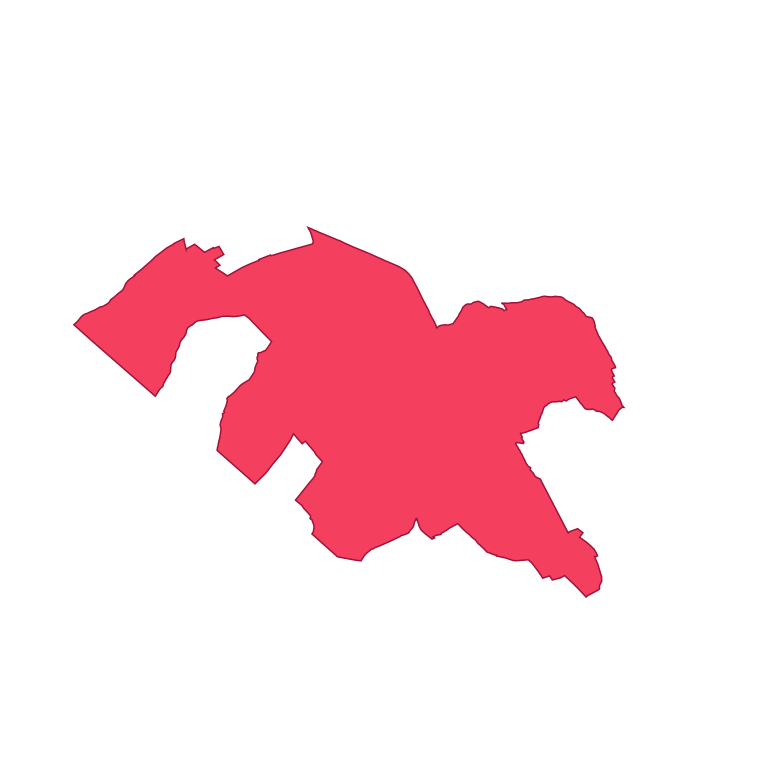 outline of Tepeyanco, Tlaxcala, Mexico, rotated 123°
{"feature_id": "50627088B29939751785966", "entity_name": "Tepeyanco", "entity_type": "district", "adm_level": 2, "iso_a3": "MEX", "parent_name": "Mexico", "parent_adm1": "Tlaxcala", "projection": "equal_earth", "projection_center": [-98.229, 19.247], "detail": "fine", "context": "isolated", "style": "filled", "palette": "rose", "viewbox_px": 768, "rotation_deg": 123, "n_neighbors": 0, "source": "geoboundaries", "source_scale": "gbopen_adm2", "svg_char_len": 6164}
<svg xmlns="http://www.w3.org/2000/svg" viewBox="0 0 768 768"><g transform="rotate(123 384 384)"><path d="M507.0,651.8L518.8,569.2L517.1,569.1L512.7,569.3L510.2,569.2L508.1,568.7L507.1,568.3L506.4,568.2L503.7,569.1L499.4,569.3L498.5,569.7L497.8,569.3L494.0,569.6L492.2,569.3L490.1,569.7L484.2,572.9L482.0,573.3L478.2,573.0L476.5,573.1L474.4,573.8L470.7,575.8L469.1,576.0L465.8,576.0L464.0,576.3L460.5,577.6L459.1,577.8L457.3,577.9L453.9,577.3L450.9,577.4L448.7,577.8L446.3,578.8L444.5,579.1L443.6,579.1L442.6,578.8L439.8,577.7L438.8,576.9L436.5,576.4L433.6,575.4L431.7,573.8L426.5,567.6L423.3,564.5L420.4,561.4L419.8,560.5L415.3,556.4L411.8,551.2L410.0,547.7L407.3,544.1L404.7,541.2L402.1,538.8L402.4,533.0L407.1,512.8L409.6,501.4L417.4,501.4L420.3,501.7L421.0,502.0L422.0,502.9L424.5,504.3L425.3,505.0L425.7,505.8L426.1,506.2L426.7,506.4L427.8,506.1L429.2,504.9L430.2,505.1L430.9,504.9L432.3,503.9L433.1,502.8L433.7,502.3L438.5,501.5L440.6,501.0L443.4,499.7L445.2,499.3L453.6,499.3L461.2,502.9L463.5,503.7L472.6,505.2L478.2,506.9L479.3,507.7L481.9,507.8L483.2,506.4L485.9,505.4L488.5,504.6L494.2,503.5L494.3,502.9L494.7,502.3L496.4,502.9L496.7,503.3L499.6,501.3L503.7,500.6L506.9,499.5L508.1,498.7L509.6,496.9L511.0,495.9L512.5,495.1L519.4,492.1L521.0,491.8L522.2,491.2L524.2,490.5L526.5,489.4L527.9,489.1L530.6,487.8L538.0,437.8L523.3,434.6L511.1,433.6L499.3,432.1L481.5,432.0L475.1,432.9L478.7,420.1L474.8,418.8L478.8,405.3L480.3,402.6L482.7,393.3L492.6,393.8L494.4,393.0L496.6,392.8L498.9,392.0L501.4,392.0L507.4,392.8L529.6,395.0L530.7,386.4L531.8,384.2L534.3,374.6L534.6,374.0L536.0,372.9L536.9,373.0L537.3,371.8L537.1,370.6L540.9,365.6L542.7,364.5L546.4,362.8L549.0,362.8L554.2,329.1L554.1,328.5L547.5,312.5L544.9,307.0L538.5,307.0L534.6,306.2L529.4,304.6L528.1,303.2L526.7,302.8L522.0,299.4L512.1,292.9L503.4,287.6L502.2,287.1L501.6,287.1L500.7,286.0L498.5,284.2L495.8,282.4L494.9,282.2L493.3,282.3L488.4,281.7L486.2,282.1L482.1,283.5L481.2,283.1L480.7,283.1L480.2,283.3L479.8,283.9L479.4,283.8L478.9,283.3L483.9,277.3L485.3,275.2L486.2,273.4L487.1,268.3L487.9,259.2L485.6,257.8L485.5,259.6L483.7,258.4L482.4,258.0L482.1,257.4L479.8,254.9L479.0,254.3L477.7,254.6L476.5,253.8L470.9,251.1L470.1,251.1L461.0,246.1L461.7,242.7L462.7,238.7L463.6,232.8L463.8,230.4L464.8,226.1L465.0,222.6L465.4,221.2L466.6,218.2L466.8,216.8L466.7,216.1L468.2,208.5L468.9,206.6L467.1,198.0L466.3,196.8L467.0,196.1L463.7,187.4L461.8,180.0L461.2,178.5L459.9,176.4L453.5,168.1L453.0,167.3L452.9,166.7L453.3,164.9L453.3,164.0L453.1,163.5L453.5,162.9L454.9,158.7L457.8,151.0L460.4,145.1L454.7,140.5L456.7,136.1L450.5,130.4L446.3,128.2L448.4,116.5L449.6,110.7L452.6,98.5L450.5,97.9L440.5,92.4L438.6,91.6L435.5,93.5L430.9,94.0L427.3,96.4L418.8,106.4L414.1,113.3L413.2,112.0L411.8,111.3L410.1,113.9L408.1,117.9L407.0,123.6L406.4,127.6L406.0,136.6L400.4,136.1L399.9,142.8L407.1,148.2L408.6,148.4L379.6,199.5L379.1,200.0L378.6,201.4L379.2,205.0L379.1,207.2L377.4,210.5L376.4,214.7L375.3,214.9L374.3,215.5L374.4,218.4L372.9,222.1L371.1,224.6L369.2,228.2L367.8,230.2L367.3,231.6L365.9,233.7L364.8,236.5L364.0,237.4L363.5,239.1L362.3,241.1L361.8,241.3L361.3,241.1L360.8,240.6L358.0,234.7L356.8,235.5L356.5,235.1L354.3,239.3L353.3,239.1L351.0,242.6L348.6,240.0L346.4,238.2L336.6,230.9L333.7,232.1L333.2,233.0L332.5,233.5L327.5,234.6L327.1,235.1L326.4,234.8L325.1,235.4L321.8,235.6L320.2,236.2L316.8,237.0L315.5,237.0L313.2,236.0L311.3,235.5L308.9,234.3L308.0,233.7L306.9,232.5L305.0,229.6L303.6,228.2L302.8,227.1L302.3,225.8L302.0,225.3L299.3,224.5L299.2,223.8L299.3,222.9L298.6,221.6L297.4,221.4L295.0,220.0L290.2,216.1L293.1,208.7L293.5,206.8L295.0,202.5L295.2,201.7L294.9,200.6L293.3,197.5L291.5,195.5L290.8,192.8L291.3,191.8L289.5,188.0L289.1,185.9L288.9,182.6L289.4,178.7L289.4,176.9L290.1,172.8L289.8,172.6L277.6,172.8L274.2,171.7L273.8,171.4L273.0,170.1L272.2,172.9L270.5,175.0L267.9,178.7L267.3,181.4L266.0,184.3L265.5,184.8L264.9,186.9L261.8,188.1L261.3,189.0L260.9,190.2L259.8,192.8L258.8,192.7L256.6,191.5L254.5,195.8L253.1,196.2L251.9,195.3L251.2,196.3L249.1,200.2L248.2,201.0L247.3,201.1L245.7,200.1L244.2,198.7L243.3,199.6L241.0,203.8L240.1,205.9L238.9,206.9L237.6,208.7L236.3,212.4L235.1,213.7L233.9,216.3L232.4,218.8L230.3,223.4L226.5,230.6L221.8,237.6L220.1,238.7L217.2,241.7L215.2,245.2L215.5,246.8L216.9,250.1L217.1,251.4L215.6,255.4L215.6,256.7L214.3,260.8L214.4,265.3L213.8,268.3L214.6,276.2L214.6,278.3L214.2,280.4L214.5,282.8L217.2,288.1L219.8,291.0L220.9,293.1L221.8,294.5L222.6,296.6L224.2,298.7L226.0,300.1L230.7,304.6L232.6,306.7L234.7,308.6L236.1,310.6L237.4,312.2L240.1,313.3L243.6,316.9L246.3,321.2L248.3,323.3L252.2,329.6L252.0,327.1L252.5,325.8L253.7,323.7L254.4,321.7L255.1,321.9L256.8,323.1L257.0,323.4L256.6,325.2L257.4,328.5L260.2,335.8L260.8,336.8L262.8,337.6L263.0,338.0L262.7,344.4L263.0,349.2L263.8,350.7L267.1,353.6L268.7,354.1L269.4,354.6L269.9,355.0L271.3,357.4L272.6,358.5L275.8,359.5L276.8,359.6L280.2,359.1L284.3,359.0L286.3,358.6L295.3,358.9L296.0,359.2L299.5,362.1L300.1,362.9L300.4,363.9L301.4,365.4L304.0,368.4L305.4,369.4L308.2,370.3L306.2,372.9L304.6,375.5L303.4,377.6L301.7,380.9L299.4,384.8L298.2,386.3L297.0,388.4L292.3,396.9L286.3,406.8L279.7,418.6L278.1,423.4L277.2,428.1L277.2,432.4L277.6,436.8L280.0,450.4L282.7,467.8L285.8,484.3L287.4,494.3L287.8,498.4L288.5,501.5L291.3,516.6L291.8,519.2L294.1,533.0L295.1,531.4L296.2,529.1L297.7,527.0L302.4,521.5L303.7,520.6L305.6,520.3L317.0,530.4L332.4,543.9L337.6,548.2L337.6,549.4L347.8,556.8L348.3,556.1L355.4,561.2L363.0,566.1L378.7,574.2L378.5,576.8L378.6,588.5L373.7,586.3L372.2,593.9L362.7,588.9L358.5,597.3L362.9,600.6L362.6,601.4L371.3,606.3L371.3,606.6L369.9,618.9L378.1,623.2L379.1,623.0L372.7,629.8L371.1,631.0L378.7,635.6L381.0,636.8L381.6,636.8L388.0,640.2L401.3,645.0L407.6,646.4L419.9,649.8L428.8,652.8L429.0,652.0L434.0,654.1L437.2,655.0L440.6,655.3L443.6,654.7L447.5,654.3L452.6,656.1L458.2,657.6L462.0,659.1L464.6,659.0L466.2,659.3L467.6,659.8L472.0,662.0L474.5,664.4L476.8,665.4L479.3,666.8L483.9,669.9L486.5,671.5L488.0,672.7L489.2,673.4L490.8,674.1L492.8,674.6L496.6,674.9L499.9,675.5L503.2,676.4L507.0,651.8Z" fill="#f43f5e" stroke="#9f1239" stroke-width="1.5"/></g></svg>